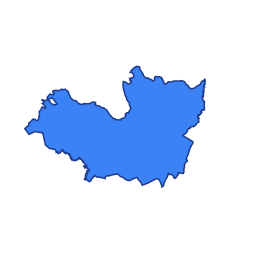 the district of Ayensuano, Eastern, Ghana, rotated 332°
{"feature_id": "2480657B11085167902059", "entity_name": "Ayensuano", "entity_type": "district", "adm_level": 2, "iso_a3": "GHA", "parent_name": "Ghana", "parent_adm1": "Eastern", "projection": "natural_earth1", "projection_center": [-0.482, 5.946], "detail": "fine", "context": "isolated", "style": "filled", "palette": "blue", "viewbox_px": 256, "rotation_deg": 332, "n_neighbors": 0, "source": "geoboundaries", "source_scale": "gbopen_adm2", "svg_char_len": 5796}
<svg xmlns="http://www.w3.org/2000/svg" viewBox="0 0 256 256"><g transform="rotate(332 128 128)"><path d="M36.6,80.1L37.6,87.1L44.3,87.6L50.4,92.4L47.1,104.5L47.8,105.3L48.0,106.4L49.3,109.5L51.0,110.4L51.8,111.6L53.1,112.0L53.3,112.3L53.6,113.9L53.2,115.8L54.3,115.7L54.0,116.7L54.9,118.1L56.0,117.2L56.4,118.0L57.0,118.0L57.7,117.4L58.2,117.5L59.2,117.0L59.4,116.2L60.0,116.2L60.1,116.7L59.8,117.0L60.4,117.6L60.3,118.3L60.1,118.4L60.4,118.9L60.0,119.5L60.9,120.2L60.5,120.7L60.7,121.3L61.6,120.9L61.5,121.2L62.4,121.4L62.6,122.2L63.1,122.3L63.1,122.9L63.3,122.9L63.6,123.6L63.9,123.5L63.7,124.0L64.3,124.0L64.5,124.3L63.6,124.6L63.8,124.8L63.5,125.1L63.5,125.7L64.0,126.2L63.2,127.3L64.1,127.5L64.2,127.8L63.9,127.8L63.3,128.6L63.3,129.6L63.8,129.5L64.4,131.0L64.8,130.8L65.4,131.4L65.5,131.1L65.9,131.4L65.8,131.8L66.7,132.2L67.4,131.9L68.6,132.5L69.1,132.3L69.3,131.8L69.8,131.8L70.1,131.4L70.6,131.4L70.4,132.0L70.7,132.3L71.0,132.1L70.9,132.6L71.1,132.3L71.2,132.9L71.7,132.8L71.7,133.5L72.1,133.8L72.2,135.5L72.7,135.7L72.3,136.1L72.4,136.8L72.7,137.0L72.4,137.5L73.0,138.8L73.3,141.0L72.8,140.8L72.6,141.1L72.9,141.2L71.8,141.4L71.3,140.9L71.0,142.4L71.4,142.3L71.3,142.8L72.3,142.8L72.1,143.1L72.5,143.7L72.8,143.6L72.6,143.9L73.0,144.1L73.2,143.7L73.6,144.3L73.5,145.2L73.7,145.8L74.1,146.0L74.0,147.3L72.8,147.4L72.6,147.1L72.5,147.5L72.1,147.1L72.2,147.7L71.5,147.5L71.6,148.0L70.8,148.2L70.5,148.7L70.4,148.3L70.4,149.1L70.1,149.5L69.9,148.7L69.5,149.4L68.9,149.0L68.4,149.9L67.9,150.2L68.0,151.4L67.5,151.4L67.6,152.1L67.2,152.0L67.0,152.6L66.3,152.3L66.0,152.7L65.6,152.6L65.4,153.1L67.6,154.9L67.6,155.3L68.2,155.8L68.5,157.0L69.1,157.4L70.5,157.0L73.4,155.1L74.3,155.1L75.3,154.7L75.5,155.0L76.6,154.5L77.5,156.7L80.5,158.5L81.9,160.1L83.5,161.1L83.9,161.9L85.1,160.5L86.2,160.3L87.9,160.8L88.6,161.4L92.1,161.8L92.6,162.3L93.9,162.4L97.2,163.9L97.7,164.5L98.5,167.2L100.4,169.1L101.5,172.1L103.4,174.2L104.7,175.2L110.6,175.4L112.7,175.8L113.1,179.3L113.9,182.2L113.7,185.2L120.0,186.0L129.0,186.1L130.1,186.6L131.3,188.4L130.8,194.4L130.2,196.0L130.9,196.0L132.6,195.4L133.4,194.2L136.6,191.4L138.7,190.4L141.2,188.3L142.2,187.1L142.9,188.6L144.9,189.6L145.5,192.3L145.1,193.6L145.7,194.4L146.5,194.5L147.8,194.0L148.6,193.3L149.6,193.2L150.7,192.3L151.0,191.1L155.6,194.2L157.0,192.6L158.1,190.3L159.1,189.7L160.2,187.7L161.2,186.4L163.6,185.0L164.4,185.3L165.0,184.9L165.2,184.2L164.7,182.8L168.6,179.6L173.7,174.6L178.6,171.5L178.7,170.2L172.9,160.6L173.1,160.1L174.4,159.8L175.5,160.1L178.5,159.1L179.5,158.1L179.9,157.4L180.8,156.9L181.9,157.4L182.7,156.8L183.3,157.2L184.0,156.4L185.6,156.8L186.3,157.6L187.9,157.3L188.7,157.4L191.6,156.0L193.5,155.9L194.1,153.7L194.4,153.3L195.3,153.1L195.1,152.2L194.6,151.8L195.2,151.3L195.1,150.4L195.5,149.9L195.8,150.4L196.1,150.0L196.1,150.4L196.9,150.3L196.6,149.8L196.8,149.6L198.5,149.8L199.7,149.4L199.7,148.4L200.5,148.5L200.3,148.0L200.6,148.0L200.9,147.1L201.7,147.3L202.1,146.8L203.4,147.9L204.0,147.3L204.4,147.3L204.9,146.2L204.7,145.9L205.4,145.2L205.9,143.4L206.3,143.1L207.1,141.7L207.8,141.1L207.7,139.5L207.2,139.2L207.6,136.6L207.9,136.8L208.5,136.2L208.6,135.7L208.2,135.2L208.6,134.8L209.0,135.0L208.8,134.3L209.3,134.9L210.0,134.5L210.0,133.7L210.5,133.6L210.5,133.2L211.1,132.7L210.9,132.0L211.4,132.1L211.5,131.5L211.9,131.7L212.3,131.3L211.8,131.1L211.8,130.7L212.5,130.6L213.2,128.4L213.5,128.6L213.7,127.7L214.2,127.5L214.7,127.6L214.4,127.0L215.1,126.6L215.3,126.8L215.1,126.2L215.6,126.2L216.3,125.7L216.5,124.9L216.9,124.7L216.5,124.0L216.8,124.2L217.2,124.0L217.2,123.2L217.9,123.2L217.7,122.6L218.3,122.5L218.7,121.3L219.4,120.8L217.6,121.4L214.6,121.6L212.6,123.3L208.0,123.5L205.0,124.0L201.7,122.7L201.0,120.8L200.9,118.3L199.6,116.8L199.9,115.7L199.7,114.0L199.2,112.9L198.2,112.0L196.7,110.9L196.2,111.0L190.8,108.2L186.7,107.2L185.2,106.1L184.0,106.8L181.7,106.7L180.6,105.6L181.2,104.5L181.2,101.9L180.9,100.8L181.4,100.5L181.1,98.9L180.5,98.5L180.0,97.5L177.8,96.7L176.7,95.4L174.7,96.2L174.3,98.1L172.0,98.4L171.7,96.8L170.5,95.3L169.6,94.7L169.3,93.9L169.3,93.2L167.0,92.1L166.3,89.0L166.7,87.7L166.1,81.9L166.9,79.4L165.5,78.5L164.9,77.7L164.2,77.5L163.3,77.9L162.7,77.6L160.0,78.1L159.2,78.7L158.3,78.5L156.1,80.0L156.8,80.3L157.7,81.4L158.0,82.5L157.6,84.6L156.8,85.7L154.5,85.5L152.8,84.9L152.8,85.7L152.0,86.8L152.2,87.4L152.7,87.1L152.9,87.5L152.5,89.1L152.0,88.8L151.2,89.6L149.4,89.5L148.5,88.8L147.8,86.8L147.0,86.3L146.8,85.6L146.2,85.4L146.0,84.9L145.3,85.0L143.3,88.6L142.4,91.3L140.8,98.1L140.8,101.2L140.4,101.5L140.4,104.3L140.9,105.7L141.2,105.8L140.1,108.1L139.9,109.4L139.8,110.5L140.3,111.1L139.6,112.1L136.6,113.9L135.6,114.9L135.2,115.0L134.7,114.3L133.9,114.0L133.0,114.1L132.2,114.5L131.7,115.3L131.7,116.4L131.4,116.8L128.3,117.3L127.3,116.7L126.6,116.7L126.0,116.8L125.4,117.5L121.0,114.8L121.1,114.1L120.8,113.5L119.4,112.6L117.9,106.9L117.8,102.6L115.9,98.6L114.0,97.6L114.0,96.9L113.3,95.5L110.7,93.1L109.8,91.8L111.3,90.6L111.0,89.8L109.1,88.5L105.7,88.5L102.4,87.0L100.9,85.8L99.7,86.0L99.5,85.7L98.8,85.8L98.5,85.4L96.7,84.5L96.5,83.7L95.8,83.5L95.0,79.7L94.1,78.8L93.0,78.2L91.5,74.8L91.8,72.5L91.6,70.2L92.1,69.4L92.3,67.7L90.8,64.3L88.5,63.6L87.7,62.5L87.0,62.7L84.1,62.6L83.1,61.5L81.3,60.6L79.0,60.0L78.4,61.7L79.1,62.5L77.9,63.7L75.5,62.2L75.2,61.4L71.4,62.8L70.4,64.2L70.3,64.8L71.3,64.9L74.4,66.0L75.4,65.9L76.6,73.5L74.6,73.5L74.4,72.9L73.2,72.1L72.4,72.1L71.1,68.4L71.7,67.1L69.6,65.0L68.1,65.2L65.3,62.7L65.1,63.1L65.8,64.4L65.9,66.0L65.3,66.3L63.8,66.1L64.5,67.6L64.6,68.9L65.3,70.5L64.2,72.0L62.6,69.4L61.7,69.2L59.6,71.0L57.5,71.7L57.0,72.4L56.7,73.8L52.9,78.3L52.2,78.8L51.4,78.8L50.7,78.5L50.1,77.6L50.1,76.9L48.5,75.6L47.4,75.7L46.2,76.5L43.1,76.9L41.1,79.4L39.5,79.3L36.6,80.1Z" fill="#3b82f6" stroke="#1e3a8a" stroke-width="1.5"/></g></svg>